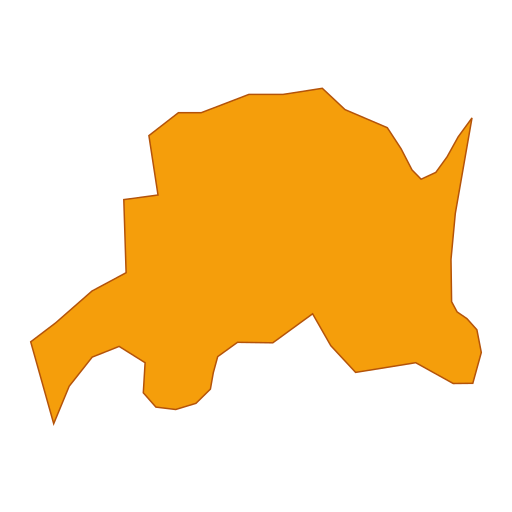 the border of Jomala
{"feature_id": "ALD-4810", "entity_name": "Jomala", "entity_type": "state/province", "adm_level": 1, "iso_a3": "ALA", "parent_name": "Aland", "parent_adm1": "", "projection": "mercator", "projection_center": [19.918, 60.13], "detail": "fine", "context": "isolated", "style": "filled", "palette": "amber", "viewbox_px": 512, "rotation_deg": 0, "n_neighbors": 0, "source": "natural_earth", "source_scale": "10m", "svg_char_len": 711}
<svg xmlns="http://www.w3.org/2000/svg" viewBox="0 0 512 512"><path d="M272.8,342.8L237.5,342.3L217.7,356.6L213.3,372.7L210.4,389.1L196.0,403.3L175.7,409.5L155.9,407.1L143.3,392.8L145.1,362.7L119.1,346.4L92.2,357.1L69.2,386.2L53.7,423.7L30.7,341.8L55.6,322.9L92.0,291.0L126.1,272.7L123.8,199.6L158.0,195.0L148.9,135.6L178.4,112.7L201.2,112.7L248.9,94.4L283.1,94.4L322.3,88.3L345.0,109.6L387.3,127.7L401.1,148.8L412.0,169.9L421.1,179.2L435.8,172.4L447.1,156.8L458.2,136.8L472.0,117.9L455.3,213.5L451.0,259.4L451.6,301.7L457.1,311.9L467.0,318.7L476.9,329.8L481.3,352.5L472.8,383.3L453.2,383.5L415.7,362.7L355.6,372.4L330.8,345.7L312.6,313.8L272.8,342.8Z" fill="#f59e0b" stroke="#b45309" stroke-width="1.5"/></svg>